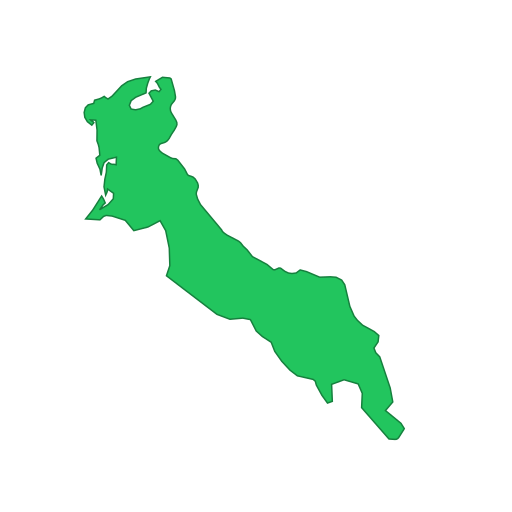 an SVG outline of Rovigo, rotated 220°
{"feature_id": "ITA-5462", "entity_name": "Rovigo", "entity_type": "Province", "adm_level": 1, "iso_a3": "ITA", "parent_name": "Italy", "parent_adm1": "", "projection": "equal_earth", "projection_center": [12.098, 44.979], "detail": "fine", "context": "isolated", "style": "filled", "palette": "green", "viewbox_px": 512, "rotation_deg": 220, "n_neighbors": 0, "source": "natural_earth", "source_scale": "10m", "svg_char_len": 2784}
<svg xmlns="http://www.w3.org/2000/svg" viewBox="0 0 512 512"><g transform="rotate(220 256 256)"><path d="M410.3,174.9L410.6,186.3L412.8,202.7L409.4,201.6L405.6,199.7L406.0,196.9L405.6,192.6L405.6,190.8L402.3,200.4L402.1,208.1L405.4,212.5L412.8,211.9L411.7,210.3L411.1,208.9L410.3,206.0L416.9,211.3L421.1,217.6L424.5,224.0L428.9,229.8L428.9,232.8L426.2,233.2L424.8,234.0L423.7,235.0L421.8,236.0L426.4,242.0L431.4,235.3L432.4,229.9L430.4,224.6L426.4,218.2L431.3,222.2L437.3,225.0L441.4,228.1L440.4,232.8L445.8,238.1L448.4,240.0L451.9,242.0L458.7,250.3L466.0,257.1L470.3,253.9L469.2,253.8L466.9,254.1L465.9,253.9L465.9,250.7L471.5,250.5L476.3,252.2L479.9,255.5L482.0,259.9L481.7,263.9L478.4,268.6L479.8,271.6L477.0,275.7L475.8,278.1L474.9,280.7L472.9,280.7L470.3,281.1L469.0,285.9L468.3,300.1L466.4,307.0L462.0,314.2L452.1,325.3L451.6,323.3L450.1,319.0L447.9,314.1L445.1,310.3L450.2,300.3L451.5,294.8L449.9,290.0L446.1,288.3L442.2,290.6L439.3,294.3L438.2,297.2L434.4,304.3L434.2,308.5L442.6,311.9L442.4,315.2L439.8,318.4L435.9,319.6L435.9,322.6L438.3,323.1L442.5,324.9L445.1,325.3L442.5,332.8L436.4,337.0L434.8,337.1L424.7,330.2L420.1,326.3L419.2,325.2L418.6,323.8L418.3,322.1L418.3,318.4L418.0,316.7L417.4,315.3L416.6,314.0L415.6,313.0L414.4,312.0L412.4,311.1L404.9,308.6L402.5,307.4L401.1,305.9L400.5,304.5L400.1,302.9L399.5,299.7L399.0,295.0L398.1,290.2L398.0,288.5L398.1,286.7L398.6,285.1L399.3,283.7L400.9,281.3L401.5,279.9L401.5,278.5L401.0,277.2L400.2,276.0L399.1,275.1L396.9,274.6L393.8,274.6L384.9,276.3L382.7,277.0L381.5,277.8L380.6,278.5L379.8,279.0L377.4,279.1L366.7,276.8L361.0,274.4L359.4,274.3L357.1,275.3L354.9,276.0L352.1,275.9L347.7,274.4L345.7,273.0L344.4,271.4L342.9,267.1L342.2,265.8L341.2,264.7L337.3,262.1L331.6,259.7L299.1,253.9L297.5,253.2L294.9,253.1L291.5,253.4L278.8,256.2L276.3,256.2L272.1,255.3L266.8,255.0L258.3,253.2L242.1,256.6L234.0,256.6L232.7,257.5L230.7,261.6L229.3,262.5L224.0,262.8L220.2,263.8L217.2,265.7L214.3,268.8L213.2,273.7L207.3,276.5L193.6,280.7L185.6,287.9L181.0,291.2L174.9,292.6L169.5,291.0L151.7,277.7L142.2,273.0L137.0,271.9L129.9,271.5L116.9,274.1L110.8,274.0L107.3,268.7L106.5,261.3L102.1,258.9L96.4,258.3L68.3,241.1L57.4,232.1L57.5,220.8L37.4,221.0L31.5,219.1L31.3,218.3L30.0,208.6L30.1,207.1L30.7,205.8L31.7,204.8L36.5,201.3L77.6,207.7L86.3,219.1L95.5,223.7L109.0,217.8L115.6,206.3L104.1,193.7L106.1,190.3L106.7,189.3L115.8,191.6L126.8,195.9L130.1,198.2L132.9,198.2L147.3,190.8L156.5,190.4L168.5,191.9L180.3,195.0L188.9,199.7L199.4,198.4L207.6,198.7L219.4,203.7L226.2,199.9L235.3,190.8L248.4,186.2L289.5,184.3L311.9,183.3L315.8,193.2L327.5,206.3L341.5,217.4L352.2,221.4L357.4,208.8L365.9,196.9L379.1,199.3L391.9,194.1L396.8,190.8L398.2,188.4L398.8,183.4L410.3,174.9Z" fill="#22c55e" stroke="#15803d" stroke-width="1.5"/></g></svg>